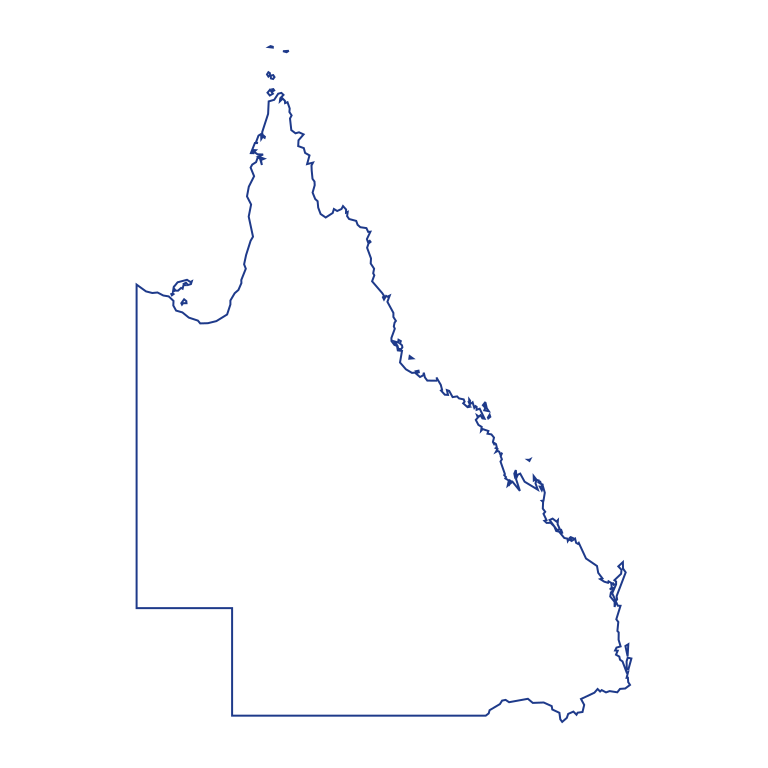 SVG path tracing the border of Queensland
{"feature_id": "AUS-2657", "entity_name": "Queensland", "entity_type": "State", "adm_level": 1, "iso_a3": "AUS", "parent_name": "Australia", "parent_adm1": "", "projection": "mercator", "projection_center": [147.106, -19.205], "detail": "fine", "context": "isolated", "style": "outline", "palette": "blue", "viewbox_px": 768, "rotation_deg": 0, "n_neighbors": 0, "source": "natural_earth", "source_scale": "10m", "svg_char_len": 6116}
<svg xmlns="http://www.w3.org/2000/svg" viewBox="0 0 768 768"><path d="M136.6,284.6L146.0,291.4L152.3,293.0L157.5,292.5L163.3,295.5L168.7,296.4L173.5,300.9L173.3,305.5L176.1,310.6L182.4,312.4L188.8,317.6L197.9,320.6L200.2,323.4L207.9,323.2L216.4,321.1L227.1,314.5L230.4,304.5L230.4,300.5L234.7,293.2L238.4,290.0L241.4,283.1L241.3,280.0L245.8,268.7L244.1,264.3L246.1,255.0L250.6,240.8L253.0,236.7L248.7,216.6L251.1,204.5L247.0,196.4L248.8,186.7L254.1,176.2L250.6,167.6L252.2,164.6L256.1,162.1L257.8,157.2L260.1,158.8L261.9,165.0L260.9,160.1L264.2,158.7L258.3,156.7L263.1,154.5L257.5,154.3L254.1,151.8L255.8,150.2L253.0,150.0L253.0,152.6L254.3,153.2L250.9,153.1L254.9,143.0L257.8,143.1L256.0,142.2L258.5,135.6L261.1,134.0L261.3,138.9L262.7,136.7L264.6,137.8L264.9,136.8L262.4,134.6L262.2,132.1L268.1,113.9L268.7,101.4L274.2,99.8L278.2,93.7L281.4,92.9L283.5,94.9L280.3,98.2L279.9,101.3L282.7,98.6L284.9,100.8L285.1,103.1L287.5,102.2L289.7,108.5L289.4,112.0L291.6,115.4L290.0,118.5L291.3,130.1L295.5,133.3L299.0,132.3L303.6,134.4L298.5,140.3L298.2,146.1L303.8,148.1L305.1,152.9L309.5,155.4L307.1,164.1L313.0,162.6L311.5,165.5L311.7,170.5L312.5,178.8L314.5,181.6L314.7,185.2L312.6,192.6L315.2,199.0L317.6,201.2L318.2,207.6L320.6,214.0L325.7,217.5L332.7,213.0L333.9,209.0L337.2,211.0L341.5,209.0L343.0,206.1L346.1,209.5L346.0,212.7L347.7,211.9L347.1,216.1L349.1,219.0L356.2,220.9L357.6,224.8L360.3,227.2L366.4,228.1L368.2,231.9L370.4,231.7L366.9,239.1L367.9,241.9L369.7,240.8L370.5,241.9L368.5,243.5L367.1,247.8L371.0,258.4L370.7,263.5L374.1,268.7L373.2,273.3L374.3,275.3L372.1,281.3L382.3,293.2L384.1,296.0L382.9,297.2L384.0,299.5L386.1,295.9L387.4,296.7L389.7,295.6L387.4,301.8L393.4,312.9L393.4,317.0L395.9,320.9L394.6,322.6L393.8,326.4L394.8,328.7L391.4,338.0L391.5,341.1L394.4,344.9L397.0,345.9L397.8,350.4L402.0,350.9L400.0,362.5L405.9,369.3L412.0,372.9L414.9,372.6L420.0,377.0L423.3,375.3L423.8,372.7L424.9,377.4L427.3,380.6L436.4,380.7L437.3,379.5L436.4,377.4L440.8,384.9L442.1,389.9L441.0,390.5L444.8,394.7L448.0,394.9L446.9,390.1L449.2,390.9L452.6,397.1L457.1,396.4L459.0,398.4L463.7,399.4L464.6,401.7L463.2,403.3L467.6,407.2L469.6,406.8L468.3,406.1L470.0,405.0L469.0,402.6L471.4,403.3L472.6,402.3L474.3,407.8L475.5,406.1L476.6,406.8L476.6,409.8L479.7,408.7L484.6,418.7L482.4,418.4L480.5,415.2L478.9,416.6L477.1,415.4L477.9,417.5L475.8,419.9L478.4,424.9L481.7,426.9L481.1,430.8L482.7,429.1L488.4,431.0L487.5,433.7L491.4,434.4L494.0,437.6L492.9,442.0L494.1,444.1L494.7,443.2L496.0,444.1L496.8,447.4L495.8,448.1L497.5,449.0L495.9,451.9L497.7,450.9L499.2,451.7L500.3,454.4L502.1,452.8L500.7,456.3L501.9,459.3L500.5,461.5L504.9,474.1L504.2,475.1L506.0,477.1L505.3,478.4L508.8,480.5L507.7,485.7L512.5,481.7L519.9,490.9L516.0,478.9L517.8,474.7L520.2,473.6L524.6,481.7L537.8,489.7L535.5,483.4L536.5,479.8L538.7,480.5L538.3,482.2L539.6,483.1L540.0,481.0L540.9,483.8L542.5,484.5L541.5,486.6L539.8,486.6L541.8,490.3L543.1,486.9L544.8,492.7L543.5,500.6L541.9,500.8L543.1,502.0L542.8,508.6L545.2,511.8L543.5,513.8L546.5,520.1L544.4,520.8L546.6,522.9L550.6,522.8L554.3,526.5L556.2,531.0L559.1,531.7L564.3,538.0L567.4,538.6L567.8,541.0L568.8,539.4L572.3,541.3L569.9,537.7L570.7,537.1L573.6,538.4L573.2,539.9L575.1,538.6L576.1,542.8L578.0,543.9L578.8,542.9L586.0,558.5L597.0,566.0L598.2,572.8L602.4,578.4L600.2,579.1L604.3,581.7L608.0,582.8L608.5,581.3L611.2,582.9L611.8,587.5L609.8,589.5L612.7,588.2L612.8,590.3L610.9,592.5L610.2,596.5L614.6,601.9L614.6,607.0L615.9,601.6L617.8,605.7L620.5,605.8L616.3,619.3L618.3,622.0L617.4,631.0L618.7,632.4L618.6,639.8L620.6,646.4L616.5,647.6L615.1,650.5L617.7,650.7L616.0,654.7L619.3,656.6L620.0,659.7L622.5,661.4L626.7,672.6L628.1,672.0L626.6,677.8L627.9,677.7L628.2,682.1L630.0,684.9L625.2,688.5L620.0,688.9L617.3,692.3L609.6,691.1L606.0,692.4L601.7,690.1L600.1,691.5L597.6,689.0L594.4,692.7L581.0,699.0L584.2,704.9L582.5,712.0L577.6,712.7L576.5,714.7L573.4,711.6L568.2,713.9L566.8,717.9L562.2,721.9L560.3,719.3L559.4,712.8L552.3,709.5L551.7,706.1L543.7,702.5L532.8,702.9L527.9,698.8L509.1,702.2L505.6,699.9L502.1,700.6L499.9,704.1L489.6,710.2L488.7,713.4L485.7,715.7L232.1,715.7L232.1,608.1L136.6,608.1L136.6,284.6ZM625.7,572.4L616.6,596.2L617.1,599.5L615.7,600.9L612.2,593.3L616.1,584.4L616.1,581.5L614.4,580.2L621.1,573.8L621.5,569.8L618.3,566.4L622.9,562.1L623.0,568.5L625.7,572.4ZM191.8,281.3L190.9,284.1L187.9,285.0L186.0,282.7L183.9,283.8L185.1,285.1L183.5,285.1L182.6,288.7L181.1,287.9L178.0,290.7L175.6,290.6L174.1,288.6L174.2,291.0L173.0,291.7L173.7,287.1L177.6,282.3L187.0,279.8L190.4,282.0L191.8,281.3ZM557.6,524.2L559.8,529.1L557.1,530.1L549.6,520.0L552.6,518.6L556.5,521.6L557.9,520.1L557.6,524.2ZM402.0,345.3L402.4,347.3L401.1,349.2L398.3,348.8L397.5,345.8L394.3,341.4L398.1,342.5L398.5,339.8L400.8,341.1L400.0,343.5L402.0,345.3ZM627.7,657.7L631.4,658.5L628.4,669.4L626.8,669.6L626.6,661.3L627.7,657.7ZM627.6,656.3L625.4,646.0L628.3,644.2L627.6,656.3ZM270.0,89.7L272.9,93.7L269.8,95.5L267.5,92.7L270.0,89.7ZM186.3,301.1L186.5,303.2L183.1,303.2L182.0,304.6L181.3,303.2L184.1,299.3L186.3,301.1ZM273.2,75.1L274.5,77.1L273.1,79.0L270.9,78.4L270.7,75.6L273.2,75.1ZM488.8,411.2L484.3,410.3L486.2,405.7L486.8,408.3L488.8,411.2ZM269.9,73.2L269.9,75.2L268.4,76.6L267.0,74.4L268.4,72.2L269.9,73.2ZM283.0,51.2L288.8,50.8L286.6,52.2L283.0,51.2ZM515.8,470.1L516.2,474.2L514.9,476.5L514.3,473.6L515.8,470.1ZM533.7,476.1L536.1,479.2L533.8,480.5L533.7,476.1ZM485.5,401.9L484.2,406.6L482.9,405.2L485.5,401.9ZM270.5,46.1L272.8,46.8L272.8,47.6L268.7,47.1L270.5,46.1ZM409.7,356.1L412.9,358.4L409.3,358.7L409.7,356.1ZM418.5,370.7L418.8,372.3L417.3,372.7L416.0,371.2L418.5,370.7ZM272.2,89.3L273.3,89.1L274.2,90.4L272.6,91.3L272.2,89.3ZM560.9,529.1L562.5,533.6L560.7,531.0L560.9,529.1ZM509.8,480.4L511.0,481.2L509.7,483.8L509.2,481.9L509.8,480.4ZM489.6,414.7L490.3,416.8L488.3,418.4L487.9,417.5L489.6,414.7ZM469.2,399.4L470.1,400.7L469.8,402.1L469.2,401.9L469.2,399.4ZM527.8,459.8L529.3,459.8L530.2,459.3L529.4,460.9L527.8,459.8ZM171.3,294.1L172.7,293.6L173.5,294.1L171.9,295.3L171.3,294.1ZM612.4,582.6L614.1,584.3L613.7,584.7L612.4,582.6Z" fill="none" stroke="#1e3a8a" stroke-width="2"/></svg>